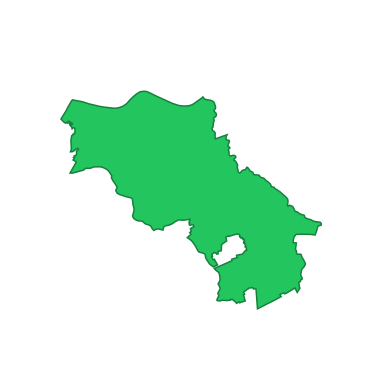 outline of Luong Tai, Bắc Ninh, Vietnam, rotated 240°
{"feature_id": "81297802B42689754920120", "entity_name": "Luong Tai", "entity_type": "district", "adm_level": 2, "iso_a3": "VNM", "parent_name": "Vietnam", "parent_adm1": "Bắc Ninh", "projection": "albers", "projection_center": [106.213, 21.025], "detail": "fine", "context": "isolated", "style": "filled", "palette": "green", "viewbox_px": 384, "rotation_deg": 240, "n_neighbors": 0, "source": "geoboundaries", "source_scale": "gbopen_adm2", "svg_char_len": 6080}
<svg xmlns="http://www.w3.org/2000/svg" viewBox="0 0 384 384"><g transform="rotate(240 192 192)"><path d="M268.9,249.0L268.5,247.1L267.5,236.8L267.7,234.7L268.2,232.8L269.1,230.6L270.7,227.6L272.8,224.7L274.2,223.2L278.2,219.6L292.0,209.7L300.3,204.1L302.5,202.1L303.8,199.7L304.8,196.6L304.6,192.6L303.8,188.2L302.6,183.7L301.2,179.8L300.9,177.1L300.9,174.5L301.4,171.8L302.2,169.0L302.9,167.4L304.3,165.3L309.5,158.3L312.0,155.2L319.7,147.0L324.8,142.4L331.6,134.5L330.9,132.9L327.3,126.5L325.7,124.3L320.7,115.0L317.7,115.7L315.9,116.3L314.7,117.1L314.9,118.0L314.0,118.5L315.0,119.9L314.6,120.2L314.5,121.2L313.8,121.2L313.7,120.5L312.7,120.4L312.6,119.8L312.0,119.9L312.0,120.9L312.6,120.9L312.4,122.0L311.7,122.4L310.6,122.6L310.5,119.8L308.6,120.2L307.9,120.1L306.7,119.8L307.2,121.0L307.1,121.3L306.7,121.7L306.4,121.7L305.9,122.3L305.5,122.3L302.7,120.8L301.5,119.9L301.8,119.3L301.1,118.7L301.1,118.3L301.5,117.6L300.9,117.0L300.9,115.9L297.0,112.8L289.6,109.1L289.1,108.7L287.6,106.8L287.3,107.1L287.4,107.8L286.8,108.3L286.7,109.1L286.7,110.7L287.1,111.7L287.2,113.2L287.0,115.0L285.5,115.0L285.3,112.4L282.0,110.7L282.1,107.9L280.9,108.0L281.1,106.5L280.0,106.5L279.5,106.2L279.2,105.0L277.5,106.1L275.9,106.8L269.4,95.9L268.1,97.9L265.4,108.2L265.2,109.2L265.6,110.9L265.7,111.9L263.7,115.2L263.2,116.7L262.9,119.3L260.3,124.1L259.7,125.1L257.7,127.2L254.8,129.1L253.1,129.9L251.4,130.3L248.7,130.5L246.0,130.6L245.1,129.6L244.0,129.2L241.0,129.2L237.2,129.5L234.2,129.6L233.2,129.2L231.7,127.0L230.6,126.6L228.8,126.6L227.9,126.8L225.7,128.3L221.3,132.2L217.4,136.2L216.1,136.8L215.5,136.8L210.4,134.5L207.4,133.8L206.3,133.3L205.0,132.5L201.0,128.6L199.8,128.3L198.1,128.4L196.4,129.1L193.6,131.2L192.5,133.2L191.8,134.1L190.9,134.6L188.2,135.4L186.8,136.4L185.6,137.7L183.5,139.1L182.3,139.3L179.8,139.2L177.7,139.8L177.8,141.1L177.5,143.1L176.5,144.8L173.5,147.8L175.8,150.0L176.0,151.2L176.0,152.0L175.7,152.8L174.8,155.3L174.4,158.4L174.5,161.0L174.7,162.9L174.5,166.1L174.3,166.9L172.7,169.1L171.4,171.5L169.4,176.6L167.3,174.4L167.0,174.7L166.3,174.5L166.1,174.4L165.9,173.6L164.6,173.3L164.0,174.0L164.0,175.2L162.7,176.5L161.0,176.3L161.1,172.3L158.1,171.6L158.1,169.8L155.9,169.9L154.9,165.1L150.9,166.9L149.1,167.4L145.5,167.8L142.9,167.9L138.0,167.7L136.9,167.9L135.6,168.8L133.3,171.3L131.8,172.0L130.7,172.0L128.5,171.0L125.9,170.8L124.5,171.0L120.9,171.2L116.4,173.0L116.1,177.7L122.7,177.7L122.7,176.5L124.1,176.4L126.1,176.6L126.0,177.6L128.0,177.9L127.9,178.8L128.4,179.5L128.5,181.2L127.7,181.4L126.9,182.3L125.8,182.4L125.4,183.8L127.5,184.8L126.5,188.1L131.7,191.3L132.3,197.6L136.0,198.8L136.0,201.3L135.1,201.7L133.3,209.6L133.0,210.1L131.7,211.6L130.0,211.6L129.9,211.2L129.4,211.3L129.3,211.0L128.6,211.0L128.3,211.5L127.5,211.5L127.4,212.3L127.0,212.2L126.7,212.9L125.8,213.0L125.6,212.4L125.4,212.3L125.2,212.4L124.9,213.2L124.6,213.1L123.4,213.0L123.3,212.3L122.6,212.3L122.6,211.6L122.3,211.3L121.9,211.7L121.6,211.5L121.2,212.0L120.1,211.6L119.6,212.1L118.2,211.3L118.3,210.8L118.1,210.7L117.7,210.6L117.5,211.3L114.3,210.3L114.2,210.0L114.6,209.7L114.3,207.9L112.9,204.4L113.7,202.7L114.9,198.9L112.6,198.1L113.5,194.8L113.9,192.7L112.5,192.3L114.6,173.1L112.4,173.5L109.0,174.9L107.2,174.6L103.4,173.2L102.2,172.5L100.8,171.1L99.5,168.7L95.8,168.5L94.5,168.1L93.8,167.5L91.7,164.1L90.8,163.5L89.1,163.5L88.5,163.2L88.3,162.6L86.9,160.5L86.4,159.9L85.7,159.4L85.2,159.6L83.7,161.7L83.3,163.7L83.1,164.3L80.4,168.1L79.1,171.4L79.7,171.8L78.9,173.1L75.7,174.5L73.2,175.0L73.3,177.8L72.2,177.9L72.0,179.4L71.0,183.6L77.3,185.2L77.1,186.4L79.6,186.7L79.7,189.6L80.2,190.9L79.9,191.9L80.3,193.2L78.9,196.7L77.2,196.8L76.6,198.9L75.3,198.6L58.1,190.3L57.6,200.1L57.1,208.0L56.8,216.9L59.2,216.8L59.0,219.5L58.8,220.4L58.3,221.3L57.5,221.3L57.3,222.4L57.2,223.4L57.4,233.2L52.4,232.9L54.8,237.4L55.6,237.5L57.2,238.0L60.4,239.3L60.3,241.3L61.4,242.0L61.6,244.1L62.9,244.4L65.7,244.6L68.4,246.8L70.4,248.7L70.8,250.7L71.3,251.8L71.8,252.8L72.9,254.2L73.5,254.4L76.1,254.7L81.2,254.7L83.2,255.3L84.3,254.4L85.3,252.3L85.8,252.0L86.8,251.9L88.5,252.9L90.4,253.0L91.2,253.4L95.7,256.9L97.6,254.3L99.3,255.4L101.8,257.7L102.2,258.3L103.2,261.1L100.1,266.7L95.9,273.6L93.2,277.1L96.3,280.8L99.2,283.7L99.4,284.2L99.4,284.9L98.8,286.6L98.7,287.1L98.9,287.5L99.4,287.9L100.0,288.1L100.7,288.1L101.5,288.0L102.1,287.5L103.2,285.9L105.0,283.7L106.4,282.4L109.0,280.8L110.2,279.3L112.1,277.8L114.1,277.0L115.3,277.6L116.1,277.4L116.9,276.3L118.3,275.3L119.5,274.2L121.9,273.4L122.8,272.3L123.7,271.8L124.7,271.7L128.1,272.0L129.3,271.9L130.4,270.8L131.7,270.0L131.8,269.7L131.8,268.2L132.1,267.9L132.8,268.0L135.3,270.1L137.0,271.0L138.5,271.3L140.7,270.8L148.2,268.3L151.1,266.9L153.3,265.6L153.8,265.4L155.0,265.5L156.6,263.6L156.9,263.5L159.2,263.8L160.3,263.7L162.6,263.0L164.7,261.9L167.8,261.2L168.2,261.0L169.8,259.2L170.3,258.9L172.8,258.5L173.2,258.3L173.9,257.4L175.7,254.7L176.3,254.3L178.6,254.5L181.3,252.9L184.6,252.6L185.5,252.4L185.8,252.1L186.0,251.6L185.0,250.1L184.7,249.3L185.4,247.4L185.5,246.3L185.2,245.2L184.6,243.9L184.6,243.5L184.6,243.0L184.8,242.6L185.7,242.2L186.9,242.3L189.0,243.1L190.8,243.5L192.5,244.9L193.0,245.1L196.5,245.2L197.4,244.9L198.6,244.2L198.8,244.2L199.3,244.7L200.0,247.1L200.3,247.4L200.9,247.6L202.0,247.4L202.9,246.5L203.4,245.5L203.9,243.3L204.7,242.9L206.2,242.9L208.3,244.2L210.0,244.4L210.4,244.7L210.9,245.6L211.1,246.7L211.3,246.9L211.6,247.0L212.1,246.9L213.3,246.1L214.0,246.3L215.2,247.2L216.5,249.1L217.3,249.9L218.0,249.9L218.5,249.6L219.1,248.6L219.8,248.1L220.9,248.0L222.5,248.8L224.1,251.0L226.3,238.9L227.6,239.3L228.9,239.9L231.3,241.5L232.4,241.6L233.4,241.4L234.4,240.8L235.1,240.7L236.3,240.9L237.1,241.2L237.5,241.7L237.8,242.7L240.4,244.5L243.2,247.2L244.7,247.3L245.2,247.7L245.4,248.1L245.4,250.0L245.6,250.6L246.6,251.7L247.2,252.0L248.2,252.2L250.5,251.6L251.2,251.7L251.8,252.3L252.4,253.7L253.1,254.5L254.0,255.0L257.7,255.8L259.3,255.8L261.1,254.8L262.1,254.0L264.6,250.9L266.4,249.3L267.0,249.1L268.9,249.0Z" fill="#22c55e" stroke="#15803d" stroke-width="1.5"/></g></svg>